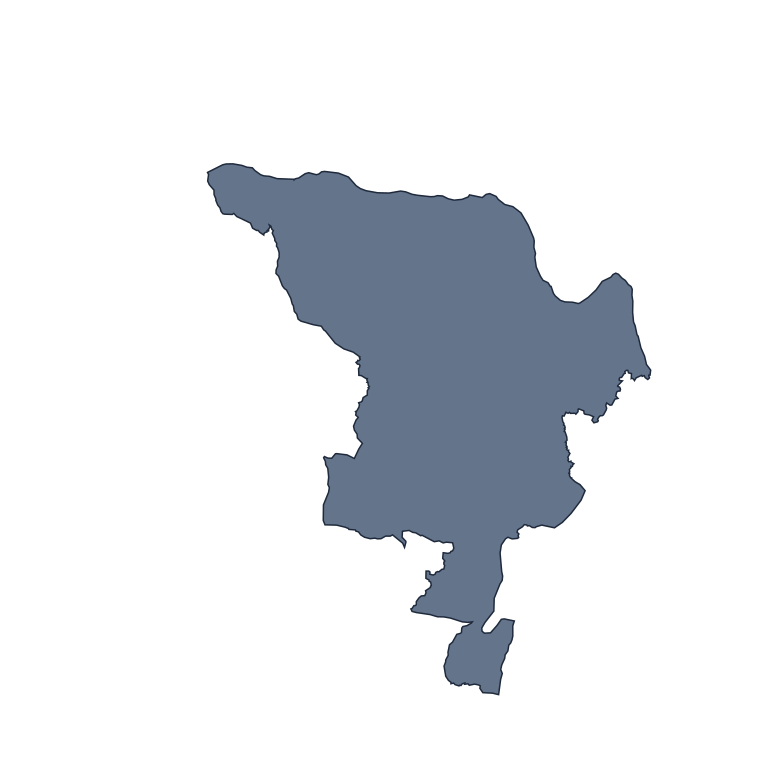 Lawra, Upper West, Ghana (Mercator projection), rotated 122°
{"feature_id": "2480657B49975124320145", "entity_name": "Lawra", "entity_type": "district", "adm_level": 2, "iso_a3": "GHA", "parent_name": "Ghana", "parent_adm1": "Upper West", "projection": "mercator", "projection_center": [-2.802, 10.62], "detail": "fine", "context": "isolated", "style": "filled", "palette": "slate", "viewbox_px": 768, "rotation_deg": 122, "n_neighbors": 0, "source": "geoboundaries", "source_scale": "gbopen_adm2", "svg_char_len": 6171}
<svg xmlns="http://www.w3.org/2000/svg" viewBox="0 0 768 768"><g transform="rotate(122 384 384)"><path d="M525.9,336.7L522.9,330.9L523.7,329.9L522.9,327.2L524.3,323.8L524.3,319.4L522.5,313.7L519.6,310.1L518.7,307.3L516.7,304.5L512.1,302.0L509.7,298.1L507.4,296.8L509.1,283.8L511.7,280.0L506.5,281.6L505.8,282.2L504.4,287.4L499.1,290.3L494.9,285.1L494.6,281.0L493.4,278.3L493.2,272.4L492.1,271.6L491.1,257.8L487.8,254.1L487.4,249.6L485.1,247.3L482.3,241.7L486.2,237.8L489.1,237.4L490.6,238.6L491.9,238.4L493.7,240.0L495.7,244.4L500.8,241.8L501.9,238.6L503.4,238.8L505.1,237.7L505.7,236.4L509.2,235.2L510.5,236.7L514.1,237.9L514.7,239.2L516.4,240.3L518.0,239.8L520.0,241.1L521.0,244.4L519.1,245.4L518.9,246.9L520.4,249.2L526.6,245.5L526.4,241.9L527.4,241.2L527.2,239.5L529.8,237.1L530.8,237.4L531.9,236.8L537.3,239.2L538.8,237.7L541.9,237.3L544.0,240.1L546.8,241.0L551.4,241.3L554.0,239.7L555.1,239.9L556.1,241.2L559.4,241.2L560.5,242.0L562.0,239.7L560.7,235.5L555.1,222.7L553.1,215.4L549.8,209.8L547.3,203.6L544.2,191.4L541.6,186.4L538.9,183.1L540.4,183.2L545.0,185.6L547.9,188.6L549.8,188.7L553.6,186.7L554.8,186.9L557.7,189.6L566.6,189.1L570.4,190.3L577.6,187.6L580.0,185.8L585.3,185.4L587.2,184.4L591.4,183.6L599.1,176.8L601.2,172.3L601.5,169.1L602.7,168.4L600.7,166.4L601.3,164.5L600.3,160.4L599.6,160.4L598.8,158.9L597.0,158.9L594.7,157.0L595.9,156.5L593.7,153.8L594.3,152.1L590.5,148.1L589.1,144.3L589.0,142.4L591.3,141.4L593.4,136.6L588.7,128.2L586.7,122.2L572.8,128.5L566.8,130.3L564.3,133.7L559.7,135.3L552.8,136.2L549.6,137.7L544.7,137.5L539.3,139.8L536.5,139.3L533.1,139.9L529.5,141.2L520.9,146.6L515.9,147.9L519.5,157.6L521.4,159.8L528.9,160.2L538.6,161.8L542.1,166.8L541.7,169.8L539.1,171.8L532.8,172.0L518.4,170.5L507.3,177.0L492.1,179.7L487.9,179.7L484.0,181.6L480.7,184.8L465.8,196.0L458.3,199.2L450.8,198.9L448.3,197.7L447.5,193.3L444.3,189.1L442.9,188.4L441.4,190.0L439.7,190.1L439.1,192.7L436.7,193.3L431.7,190.9L428.9,190.5L427.9,188.2L428.4,187.2L427.1,185.7L427.1,182.3L425.8,179.8L424.3,179.2L420.1,175.5L415.6,163.2L406.8,159.4L394.6,156.8L378.1,155.3L367.9,156.9L365.5,164.3L365.6,170.3L364.8,174.9L364.2,175.1L364.6,176.0L363.4,178.2L361.4,179.2L361.7,179.9L359.9,180.1L358.2,181.5L356.0,181.1L354.9,181.7L354.9,181.0L353.7,180.6L352.5,181.2L351.0,180.7L351.1,184.2L350.4,184.6L352.0,186.0L351.3,187.6L349.9,187.7L348.7,189.3L344.4,189.5L343.7,191.6L342.3,192.3L343.0,193.5L342.5,194.6L341.2,194.6L341.1,195.9L340.0,195.7L339.5,197.1L337.2,198.3L337.3,199.4L334.6,199.0L331.9,201.1L328.6,205.1L328.8,206.0L326.3,206.5L326.4,207.4L324.8,207.4L323.4,209.1L323.7,209.9L322.0,210.6L321.3,212.3L317.9,215.4L316.4,215.8L315.8,214.3L311.5,214.7L311.6,213.3L310.9,212.0L309.7,211.6L310.1,210.3L307.6,206.5L307.9,205.3L304.7,204.8L302.5,206.0L301.9,205.7L300.9,200.4L303.0,198.6L303.1,197.5L301.4,193.5L300.7,188.9L304.5,188.5L305.7,185.4L302.8,182.8L301.6,182.8L300.8,184.2L298.5,184.3L296.3,183.8L295.4,182.3L294.0,181.5L288.4,181.8L286.6,182.3L284.6,184.6L282.1,185.1L282.2,181.1L281.1,179.7L274.4,180.1L272.2,177.9L271.3,181.1L267.6,182.4L266.0,181.7L264.9,180.1L263.1,180.7L261.8,182.4L262.2,184.6L261.6,184.9L255.0,183.5L256.1,186.0L256.0,186.7L254.8,187.3L253.5,187.3L252.5,186.0L247.8,185.8L247.1,185.1L245.8,186.4L243.7,185.4L243.3,184.4L245.0,182.5L244.0,179.7L248.4,177.2L247.7,176.8L247.6,175.1L248.4,173.4L245.1,173.4L240.1,170.1L240.7,169.1L239.0,167.7L240.2,165.9L240.4,162.7L238.1,162.1L236.7,163.9L235.9,164.0L235.5,163.1L230.9,165.2L228.4,171.7L222.4,177.7L217.2,185.3L208.8,193.8L208.1,195.6L201.5,201.9L199.2,205.2L191.5,211.1L182.0,216.8L177.4,220.7L172.1,223.7L170.4,226.2L170.2,229.5L168.3,234.2L168.1,238.3L166.7,243.3L167.2,246.2L169.8,247.8L173.2,248.2L181.3,253.3L191.8,254.0L202.3,256.7L211.5,260.8L212.8,261.9L214.7,267.4L218.5,274.1L219.6,278.7L218.6,285.4L217.3,288.4L212.7,294.0L213.1,294.6L211.2,298.6L211.8,304.1L209.7,308.5L204.1,316.9L196.5,323.3L193.0,324.7L188.7,329.3L183.1,332.4L180.9,334.5L172.9,345.9L166.3,358.5L165.3,368.6L167.8,376.8L166.9,385.0L165.5,388.3L166.5,395.2L169.1,397.9L173.8,399.5L178.3,411.7L180.7,411.7L186.0,415.6L190.9,421.9L192.9,427.7L193.5,434.0L196.0,438.6L198.3,440.6L200.5,443.8L206.1,455.4L208.2,460.6L209.6,467.6L211.6,472.2L219.3,480.8L225.2,490.7L229.6,501.7L230.8,507.6L230.6,512.8L227.3,523.8L229.3,534.4L235.3,547.2L237.2,549.4L240.6,550.6L242.4,552.4L244.7,559.8L247.4,562.3L254.5,565.5L257.1,568.1L258.4,568.4L258.0,568.7L266.5,583.5L268.5,591.0L271.1,596.1L271.9,599.5L271.4,606.7L270.4,610.2L272.8,615.2L273.9,620.3L277.3,628.7L281.0,634.4L283.5,636.9L298.1,645.8L299.3,643.8L305.3,641.1L307.5,637.9L309.7,630.9L313.4,628.5L316.2,624.6L317.5,623.8L320.4,619.8L321.5,616.5L324.0,613.6L325.0,610.8L324.3,608.9L320.6,602.5L318.9,601.8L320.0,597.6L318.3,582.5L321.5,578.0L321.3,573.4L320.4,572.0L321.2,569.9L321.4,564.9L320.1,565.5L318.3,565.0L317.1,563.8L316.3,564.4L315.4,563.0L314.5,563.4L314.6,564.1L311.2,563.7L310.0,565.4L310.0,563.7L312.3,560.9L312.5,559.2L315.2,558.8L318.5,553.8L320.2,552.6L321.6,549.5L324.1,548.2L324.9,546.3L328.1,542.6L332.1,540.1L336.4,539.4L340.4,536.6L344.3,536.0L347.5,534.2L348.4,530.5L354.6,522.2L355.8,519.1L356.0,516.4L360.8,508.4L364.8,504.2L365.6,502.4L370.0,498.5L371.0,495.0L374.5,491.2L374.7,487.7L371.2,475.4L368.2,467.8L370.1,463.6L370.1,461.8L375.3,446.9L375.5,436.6L373.3,427.0L373.8,418.7L374.8,418.8L375.5,417.3L377.2,417.4L377.9,418.8L378.7,418.4L380.5,419.2L381.2,417.0L380.5,415.7L381.0,414.2L383.1,413.5L384.3,413.8L390.0,409.9L388.9,407.7L388.9,402.3L388.3,401.0L389.6,400.8L390.7,399.1L391.6,399.3L391.4,398.3L393.5,396.5L394.0,395.0L395.6,395.5L395.8,394.5L398.6,394.6L402.2,392.3L406.6,394.5L409.8,393.5L411.6,394.0L413.3,395.6L414.6,393.8L417.0,393.0L421.2,392.8L422.5,393.6L423.1,392.4L425.3,391.6L426.0,388.1L429.4,388.6L435.9,387.5L438.8,384.7L440.8,380.2L443.9,378.0L445.8,370.9L452.7,370.9L462.9,369.7L463.7,377.8L468.2,387.4L468.9,388.2L474.7,389.0L476.6,392.4L477.1,396.1L478.6,396.1L480.6,392.8L483.4,390.6L485.3,387.0L492.4,381.5L498.9,378.4L500.9,375.4L505.3,373.6L518.6,371.3L531.9,363.2L534.7,359.4L528.8,349.4L526.1,341.3L525.4,337.7L525.9,336.7Z" fill="#64748b" stroke="#1e293b" stroke-width="1.5"/></g></svg>